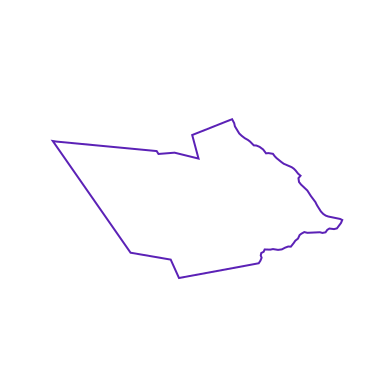 the district of Antônio Almeida, Piauí, Brazil, rotated 116°
{"feature_id": "56859067B34563104892599", "entity_name": "Antônio Almeida", "entity_type": "district", "adm_level": 2, "iso_a3": "BRA", "parent_name": "Brazil", "parent_adm1": "Piauí", "projection": "equal_earth", "projection_center": [-44.257, -7.232], "detail": "fine", "context": "isolated", "style": "outline", "palette": "violet", "viewbox_px": 384, "rotation_deg": 116, "n_neighbors": 0, "source": "geoboundaries", "source_scale": "gbopen_adm2", "svg_char_len": 1091}
<svg xmlns="http://www.w3.org/2000/svg" viewBox="0 0 384 384"><g transform="rotate(116 192 192)"><path d="M129.8,101.6L129.0,104.7L127.3,108.2L126.4,110.7L126.0,113.3L126.4,121.9L125.9,124.8L124.5,130.8L123.6,133.3L122.2,136.0L123.5,140.3L124.8,142.4L122.6,146.7L121.8,151.0L122.0,154.5L123.0,156.9L121.2,162.0L120.7,164.6L120.5,168.1L119.7,172.0L118.7,175.2L114.2,182.2L111.6,184.3L109.0,187.9L140.7,216.8L159.1,200.8L164.3,224.9L172.5,238.8L170.7,241.7L206.2,336.2L207.2,339.5L273.5,220.6L262.1,181.5L275.0,166.0L234.9,111.7L226.8,100.8L223.8,100.4L220.6,100.6L218.9,102.4L216.5,103.0L214.3,101.4L211.8,101.5L209.5,96.4L207.8,94.2L206.3,89.3L204.2,86.1L201.2,83.9L198.8,81.6L197.8,79.2L196.0,78.8L193.2,78.2L190.5,77.8L187.4,76.3L183.5,76.4L181.5,75.4L178.8,73.5L178.1,70.4L172.1,59.4L171.6,56.8L169.7,54.3L166.7,53.8L164.6,52.5L163.1,48.1L161.2,45.8L154.5,44.5L151.3,44.7L151.3,47.1L154.3,58.8L154.6,61.5L154.2,64.4L153.0,67.6L149.8,72.8L148.5,74.7L147.0,76.6L143.5,83.4L140.1,89.0L137.5,97.3L136.1,100.2L132.9,102.4L129.8,101.6Z" fill="none" stroke="#5b21b6" stroke-width="2"/></g></svg>